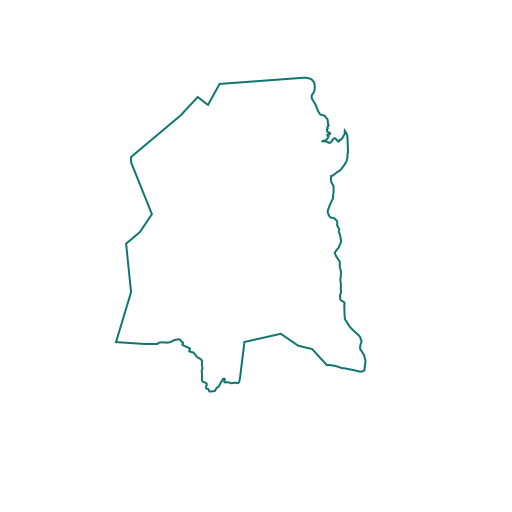 the district of San Antonio de Oriente, Francisco Morazán, Honduras, rotated 227°
{"feature_id": "27666195B20875858813448", "entity_name": "San Antonio de Oriente", "entity_type": "district", "adm_level": 2, "iso_a3": "HND", "parent_name": "Honduras", "parent_adm1": "Francisco Morazán", "projection": "robinson", "projection_center": [-87.024, 14.037], "detail": "fine", "context": "isolated", "style": "outline", "palette": "teal", "viewbox_px": 512, "rotation_deg": 227, "n_neighbors": 0, "source": "geoboundaries", "source_scale": "gbopen_adm2", "svg_char_len": 6102}
<svg xmlns="http://www.w3.org/2000/svg" viewBox="0 0 512 512"><g transform="rotate(227 256 256)"><path d="M412.6,231.0L409.4,228.4L408.6,228.0L407.6,227.7L357.6,208.4L352.7,187.5L353.6,169.4L314.8,140.0L288.5,94.9L268.5,113.7L258.9,123.8L259.0,124.5L258.9,125.2L258.8,125.7L258.4,126.6L257.6,127.6L255.8,129.5L254.7,130.6L253.3,131.8L252.5,132.8L252.1,133.5L251.4,135.0L250.9,136.3L250.5,138.1L250.2,138.8L249.8,139.6L249.1,140.8L248.2,142.1L247.6,142.8L246.9,143.4L243.9,143.2L243.5,143.3L242.9,143.5L242.5,143.5L242.3,143.3L241.8,142.7L241.7,142.4L241.7,142.0L241.6,141.8L241.4,141.7L241.2,141.7L240.2,141.9L238.4,142.6L234.8,144.1L233.2,144.6L232.8,144.3L232.6,143.5L232.3,142.8L232.0,142.3L231.9,142.2L231.7,142.2L231.3,142.3L230.8,142.6L229.2,143.7L228.4,144.2L228.1,144.4L227.7,144.4L226.6,144.2L224.9,144.4L224.5,144.3L223.8,144.0L222.9,144.0L221.7,144.2L220.2,144.7L219.1,145.0L217.3,145.2L216.1,145.1L215.8,145.0L215.5,144.7L214.7,143.5L213.2,142.1L210.2,140.2L210.1,139.9L209.9,139.4L209.7,138.9L209.1,138.1L208.7,137.6L208.1,137.1L207.0,136.4L206.5,136.1L205.1,134.6L203.5,133.3L202.6,132.2L202.0,131.7L201.5,131.4L201.0,131.4L200.1,131.4L199.4,131.7L198.5,132.3L197.9,132.6L197.1,132.8L196.6,132.9L196.0,132.7L195.6,132.4L195.3,131.9L194.9,131.1L194.4,130.4L193.9,129.7L193.4,129.4L193.0,129.4L192.4,129.5L192.1,129.7L191.6,130.1L191.1,130.3L190.7,130.3L190.4,130.2L189.7,129.7L189.2,129.6L188.7,129.6L188.2,129.9L187.9,130.2L187.6,131.0L187.2,131.4L186.9,131.8L186.2,132.4L185.9,132.8L185.6,133.4L185.4,133.9L185.5,134.3L185.9,135.5L186.4,137.2L186.4,137.4L186.2,138.3L186.0,139.3L186.0,140.0L187.3,143.6L188.1,146.4L188.5,147.9L188.5,148.3L188.4,148.6L188.2,148.9L188.0,149.1L187.6,149.3L187.3,149.2L186.9,148.8L186.3,148.1L186.2,147.9L186.1,147.5L185.9,147.1L185.6,147.0L185.2,146.9L184.7,147.1L184.1,147.6L183.4,148.8L183.2,149.1L182.9,149.4L182.4,149.7L179.9,151.0L179.2,152.0L178.2,153.5L177.2,154.7L176.7,155.0L175.9,155.4L175.6,155.8L175.4,156.1L175.3,156.4L175.2,156.8L175.3,157.1L175.5,157.9L175.9,158.6L176.5,159.5L177.3,160.5L177.7,161.1L201.0,188.9L182.2,221.1L161.6,225.7L149.6,233.6L127.8,233.4L127.0,234.4L126.1,235.4L124.7,236.6L123.3,237.7L121.8,238.7L120.6,239.6L115.4,242.4L112.8,244.7L111.2,245.7L107.8,248.3L104.8,250.4L102.3,251.9L101.1,252.8L100.1,253.6L99.4,254.5L99.2,254.8L98.4,257.2L101.0,260.2L103.5,263.3L104.5,264.3L105.3,265.0L105.9,265.3L107.4,266.1L108.1,266.5L108.9,267.1L109.4,267.3L111.4,267.7L114.3,268.4L116.3,268.5L117.1,268.8L117.5,269.1L118.2,269.8L119.2,271.0L120.4,272.8L120.7,273.5L121.0,274.4L121.2,274.7L121.8,275.1L123.3,275.7L124.9,276.5L125.5,276.8L126.2,276.9L127.1,277.0L128.4,277.0L129.8,276.9L132.8,276.6L135.2,276.4L138.2,276.3L140.2,276.3L141.4,276.5L148.2,277.8L149.1,278.0L149.7,278.4L151.1,279.4L158.7,286.0L159.3,286.5L160.6,288.1L161.5,288.8L161.8,288.9L163.0,288.7L163.7,288.5L164.9,288.1L165.6,287.9L166.3,288.0L167.1,288.3L168.6,289.4L170.0,290.7L170.4,291.3L170.6,292.0L170.7,292.4L171.6,293.4L175.6,297.0L176.8,298.2L177.5,298.9L178.9,299.9L180.2,300.7L180.9,301.2L181.9,302.3L182.8,303.7L184.7,305.4L186.1,307.0L186.9,307.6L191.2,310.1L191.6,310.4L192.6,311.5L194.2,313.0L194.9,313.4L195.9,313.6L198.3,314.0L200.7,314.3L203.6,315.3L204.2,315.5L204.5,315.7L204.7,315.9L204.8,316.2L205.1,317.5L205.4,319.0L205.7,322.2L205.9,322.6L206.4,323.2L207.0,324.9L207.8,326.9L208.3,327.8L208.7,328.3L211.3,330.1L213.4,331.4L215.1,332.3L216.5,332.7L217.1,333.0L217.6,333.4L218.1,333.9L218.5,334.8L219.0,335.2L219.8,335.4L223.0,336.2L223.6,336.7L224.3,337.6L225.0,338.2L225.7,338.7L226.3,339.0L226.9,339.1L227.4,339.1L228.7,339.0L229.8,339.0L230.3,338.9L230.8,338.6L232.2,337.6L233.1,337.0L233.6,336.8L234.2,336.7L234.9,336.8L236.3,337.1L238.2,337.9L239.2,338.4L239.5,338.7L240.1,339.4L240.7,340.3L241.0,340.7L241.5,341.9L242.4,343.6L244.1,347.5L245.1,350.2L245.7,351.5L246.5,352.4L247.1,352.8L248.6,354.8L249.5,355.9L251.2,357.7L254.2,360.3L254.7,360.5L255.4,360.7L257.0,361.0L258.2,361.4L259.2,361.8L259.8,362.2L260.7,362.8L263.2,365.2L263.3,365.4L263.2,365.5L262.8,366.0L262.6,366.5L262.2,369.5L262.1,371.1L262.0,372.7L261.8,373.5L261.5,374.5L261.4,375.1L261.3,375.9L261.3,376.8L261.4,377.7L262.2,381.6L262.4,383.0L263.5,386.6L263.8,387.2L264.2,387.8L264.9,388.9L265.8,390.1L268.2,392.6L268.6,393.2L268.7,393.7L280.4,403.8L282.2,405.1L283.4,405.5L284.4,405.8L286.3,406.3L287.1,406.4L286.0,405.2L285.2,404.6L284.9,404.2L284.5,403.3L284.3,402.1L283.9,401.6L283.7,400.9L283.4,399.6L283.2,398.4L283.2,397.7L283.3,397.3L283.6,397.1L283.8,396.9L283.9,396.3L283.9,396.1L283.6,395.7L283.3,395.1L283.2,394.8L283.2,394.6L283.3,394.5L283.5,394.3L284.0,394.2L285.6,394.1L286.9,394.3L287.9,394.1L288.6,393.8L288.8,393.3L289.0,392.6L288.2,389.3L288.2,387.9L288.3,387.4L288.4,387.1L288.6,386.8L289.0,386.6L290.9,385.8L291.9,385.3L292.6,384.9L293.6,383.9L294.3,382.9L294.6,382.8L294.6,383.1L294.3,383.9L294.0,384.6L293.1,385.7L293.0,386.3L293.1,387.3L293.2,388.5L293.6,389.7L294.0,390.7L294.2,390.8L294.4,390.8L294.8,390.4L295.1,390.3L295.5,390.5L295.9,390.7L295.9,391.0L295.7,391.6L295.4,392.0L295.0,392.7L294.8,393.0L294.8,393.5L295.1,393.9L295.6,394.0L296.2,393.9L297.0,393.5L297.6,393.0L297.9,392.9L298.8,393.2L299.9,393.7L300.1,393.9L300.3,394.2L300.3,394.5L300.2,394.8L300.2,395.0L300.3,395.3L300.4,395.6L300.7,395.8L301.4,396.0L301.8,396.4L301.8,397.1L301.8,397.8L301.8,398.1L302.0,398.3L302.3,398.5L302.9,398.4L303.3,398.6L304.0,399.1L305.1,400.1L306.0,400.7L306.9,401.3L307.7,401.6L309.9,401.5L310.7,401.9L311.1,401.9L311.6,401.9L311.9,401.8L314.2,400.3L315.2,399.8L315.8,399.6L316.6,399.6L318.8,400.0L319.5,400.2L320.5,400.5L321.5,401.0L322.7,401.4L324.0,402.0L326.1,402.8L328.2,403.3L332.3,404.0L333.0,404.3L333.5,404.5L334.0,404.9L335.0,405.8L335.4,406.3L335.7,407.2L336.4,410.2L336.7,410.9L337.1,411.5L338.1,412.8L339.6,414.3L340.6,415.1L341.5,415.8L342.4,416.4L343.2,416.8L343.8,417.0L344.5,417.0L346.9,417.1L347.4,417.0L348.1,416.7L349.4,416.2L350.2,415.6L351.2,415.0L353.5,412.9L406.7,346.7L399.2,323.9L412.0,321.8L410.6,301.3L410.2,297.6L413.6,232.6L413.2,231.8L412.6,231.0Z" fill="none" stroke="#0f766e" stroke-width="2"/></g></svg>